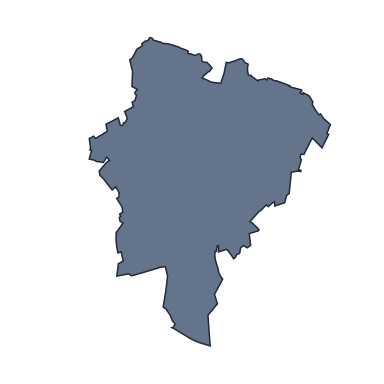 outline of Tu Son, Bắc Ninh, Vietnam, rotated 17°
{"feature_id": "81297802B85996690558528", "entity_name": "Tu Son", "entity_type": "district", "adm_level": 2, "iso_a3": "VNM", "parent_name": "Vietnam", "parent_adm1": "Bắc Ninh", "projection": "natural_earth1", "projection_center": [105.957, 21.118], "detail": "fine", "context": "isolated", "style": "filled", "palette": "slate", "viewbox_px": 384, "rotation_deg": 17, "n_neighbors": 0, "source": "geoboundaries", "source_scale": "gbopen_adm2", "svg_char_len": 4948}
<svg xmlns="http://www.w3.org/2000/svg" viewBox="0 0 384 384"><g transform="rotate(17 192 192)"><path d="M84.0,187.6L84.1,190.6L88.6,190.2L89.4,190.2L91.9,190.7L93.4,190.4L98.6,189.7L100.3,183.7L100.9,184.0L102.9,185.2L103.0,185.5L103.2,185.8L103.4,185.9L103.9,186.0L102.7,187.2L101.6,188.9L97.8,197.4L97.2,198.8L97.1,199.1L97.2,199.4L98.5,201.7L99.0,202.5L99.1,203.0L101.6,204.2L103.3,205.1L103.7,205.4L106.9,207.7L111.3,210.8L115.1,213.4L115.6,212.9L116.2,211.6L116.4,210.7L116.7,210.3L117.1,210.0L117.7,209.3L118.3,210.4L118.8,210.8L119.2,210.9L119.4,211.0L120.1,211.7L121.0,212.4L121.9,213.5L122.3,213.9L122.4,214.6L122.9,215.7L123.2,216.4L123.4,217.1L123.3,218.0L123.1,219.1L122.7,219.3L122.2,219.7L121.8,220.1L125.0,222.9L129.0,226.3L129.6,227.0L130.7,229.3L131.7,231.6L129.2,234.3L131.0,236.3L130.0,237.4L129.9,237.9L132.0,241.3L132.5,241.0L135.1,241.8L133.1,248.0L131.8,251.7L131.5,252.6L131.4,253.3L133.3,259.9L135.8,265.9L138.9,271.9L141.8,270.0L144.0,274.1L146.4,278.0L144.1,280.6L143.2,281.6L142.5,281.9L144.7,294.4L147.5,292.9L152.0,290.6L155.4,288.8L156.4,289.2L158.2,289.8L158.4,289.8L160.6,288.6L161.5,288.1L169.7,282.7L179.1,276.4L182.2,274.5L182.2,273.9L182.8,273.6L183.1,273.6L183.7,273.4L185.0,272.7L188.0,271.3L188.2,271.2L188.4,271.3L188.6,271.6L193.3,279.8L195.9,294.4L198.1,310.6L201.7,311.6L203.0,312.9L206.4,315.6L207.7,316.8L210.6,320.6L211.5,321.3L214.6,323.2L213.4,327.1L213.3,327.4L212.8,327.6L215.5,328.1L233.4,332.7L237.8,333.4L243.2,333.9L254.4,333.9L247.3,315.7L243.3,305.3L249.0,291.5L243.8,283.8L243.4,283.4L246.0,270.7L246.4,268.5L246.8,266.3L244.0,264.3L241.3,261.3L238.9,257.1L236.5,253.6L234.1,249.9L232.6,246.6L231.9,244.1L231.6,242.0L232.5,241.6L231.9,236.2L233.0,235.5L233.9,237.9L234.7,241.6L242.0,236.7L244.7,238.4L249.8,242.3L251.3,243.7L252.6,242.0L253.0,238.6L255.5,236.8L254.9,231.9L255.2,230.7L256.9,228.3L261.1,229.2L262.5,227.4L263.7,225.8L258.9,215.1L267.0,209.6L267.0,208.3L258.4,203.8L256.0,203.5L259.7,195.6L262.3,190.2L263.2,189.6L266.8,182.5L269.2,183.7L272.3,178.6L273.7,177.2L275.3,181.2L277.1,179.8L283.8,175.2L283.5,167.5L285.4,165.1L284.3,159.7L282.6,150.7L281.1,144.1L287.2,141.0L290.0,140.7L289.9,139.5L287.3,139.7L287.2,129.3L285.3,127.7L285.2,125.0L285.2,123.8L288.0,123.4L288.2,122.3L290.0,111.8L290.9,106.6L291.1,106.5L291.3,105.2L303.4,111.8L305.5,99.1L305.9,97.0L303.8,96.6L304.7,87.1L296.3,83.2L292.1,79.7L290.7,81.1L285.7,77.2L281.6,73.2L281.3,72.8L281.2,70.6L280.4,69.8L276.1,66.0L275.1,65.6L269.3,64.5L269.5,66.1L266.3,65.6L267.3,63.0L266.7,62.3L266.2,62.3L264.8,62.4L263.8,62.5L262.5,62.5L261.6,62.6L261.0,62.6L260.4,62.5L259.4,62.7L258.8,62.7L258.1,62.7L257.1,62.9L256.7,62.9L256.1,62.9L255.3,62.9L255.3,62.6L255.1,62.5L254.4,62.4L254.0,62.4L254.2,61.7L253.3,61.7L252.5,61.7L251.3,61.5L248.9,61.4L247.2,61.3L246.1,61.3L245.3,61.1L244.8,61.1L244.6,61.2L244.1,61.2L241.8,61.0L241.5,61.0L240.3,60.9L240.1,61.0L239.9,61.3L239.7,61.4L239.0,61.4L238.1,61.4L237.4,61.4L237.0,61.2L236.3,61.1L235.9,61.0L235.8,60.8L235.6,60.7L234.7,60.6L234.4,60.6L233.8,60.6L233.4,60.6L233.1,60.8L232.9,60.8L232.1,60.8L231.7,60.8L231.2,60.8L231.0,61.0L230.9,62.1L231.0,62.7L230.9,62.9L229.9,62.9L229.6,62.7L229.0,62.5L228.4,62.5L227.9,62.8L226.4,63.7L226.1,63.8L225.0,64.5L222.8,65.5L222.5,66.5L215.6,64.1L214.3,63.1L213.7,63.5L212.7,63.7L211.9,63.7L211.3,63.0L210.8,61.9L209.8,60.1L209.2,58.4L208.7,56.7L208.5,54.4L208.3,53.4L207.8,53.1L206.9,53.0L205.3,52.9L204.4,52.5L202.6,51.0L202.0,50.6L201.3,50.2L200.3,50.1L199.3,50.4L198.4,51.0L194.7,54.0L190.6,56.9L189.1,57.8L186.9,58.0L187.0,59.6L188.0,69.3L187.9,71.3L187.7,79.6L179.6,81.1L178.3,81.4L177.7,81.2L173.6,80.5L169.7,80.1L168.3,79.8L169.7,76.5L170.2,75.8L171.2,74.5L171.9,72.9L172.2,72.5L172.6,72.3L173.4,71.7L173.8,70.8L174.2,69.3L174.5,68.6L175.0,67.7L173.3,66.4L172.3,65.8L168.6,63.8L167.5,63.7L165.6,64.3L164.5,64.3L163.6,64.0L162.7,62.8L161.6,59.8L160.5,58.4L159.6,57.8L158.5,57.9L156.9,58.8L155.9,59.8L155.1,60.3L153.5,60.5L152.3,60.5L150.9,60.2L148.6,60.7L147.7,60.8L147.3,60.5L147.3,60.0L147.5,59.1L147.5,58.6L147.2,58.4L145.7,58.1L143.7,57.9L140.3,57.8L138.7,57.7L137.5,57.3L137.3,57.3L136.9,57.3L135.6,57.2L133.4,57.2L130.0,57.2L127.9,57.2L126.3,57.2L124.0,57.6L122.4,57.9L121.8,58.3L120.7,58.4L118.8,57.9L118.3,57.8L111.0,58.1L110.2,57.8L109.8,57.1L109.4,56.7L108.8,56.6L108.0,56.5L107.0,56.5L106.5,56.8L106.0,57.8L105.8,59.5L105.5,60.0L105.0,60.4L103.0,61.5L102.2,62.5L100.6,65.0L101.9,66.4L101.2,67.3L97.6,71.5L97.3,72.7L97.0,74.8L95.9,80.4L95.1,82.1L93.8,83.8L95.8,87.2L100.0,94.3L100.3,95.3L103.4,107.5L103.7,108.7L109.7,109.9L108.2,114.0L110.7,116.0L110.7,118.7L110.6,120.2L110.6,121.5L108.5,123.6L111.0,127.6L104.0,134.7L108.5,140.4L107.8,145.1L106.2,145.9L106.4,148.6L104.0,149.2L99.8,142.6L97.5,144.9L92.7,149.7L89.9,152.3L93.2,158.6L89.6,162.9L87.4,165.3L84.2,168.9L81.5,167.4L78.1,170.9L80.6,176.3L82.0,179.1L82.2,181.7L83.8,181.5L83.9,182.7L84.0,187.6Z" fill="#64748b" stroke="#1e293b" stroke-width="1.5"/></g></svg>